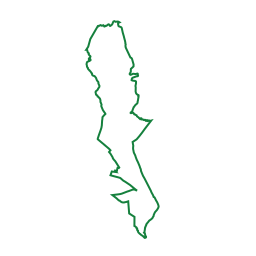 San Juan Atzompa, Puebla, Mexico, rotated 58°
{"feature_id": "50627088B45954592867163", "entity_name": "San Juan Atzompa", "entity_type": "district", "adm_level": 2, "iso_a3": "MEX", "parent_name": "Mexico", "parent_adm1": "Puebla", "projection": "natural_earth1", "projection_center": [-98.029, 18.745], "detail": "fine", "context": "isolated", "style": "outline", "palette": "green", "viewbox_px": 256, "rotation_deg": 58, "n_neighbors": 0, "source": "geoboundaries", "source_scale": "gbopen_adm2", "svg_char_len": 5705}
<svg xmlns="http://www.w3.org/2000/svg" viewBox="0 0 256 256"><g transform="rotate(58 128 128)"><path d="M230.1,172.0L230.3,171.4L230.3,170.8L230.2,170.6L229.7,170.3L229.5,170.2L229.2,170.3L228.9,170.5L228.5,170.4L228.1,170.3L227.6,170.0L226.8,169.7L226.1,169.5L225.9,169.6L225.5,169.9L225.2,169.9L225.1,169.3L224.8,169.0L224.1,168.5L223.4,167.8L222.1,166.8L221.8,166.4L221.4,166.2L221.3,165.9L220.6,165.1L220.4,164.5L219.9,163.9L219.4,163.6L219.2,162.8L218.9,162.3L218.6,161.2L217.8,159.1L217.7,157.0L217.4,155.1L217.0,154.6L216.2,152.9L215.4,152.3L214.3,150.7L213.7,149.7L213.5,149.1L212.9,147.0L212.7,146.5L211.7,144.6L210.9,143.7L210.3,143.4L208.9,143.0L207.7,142.8L206.2,142.6L204.2,142.6L201.7,142.3L200.7,142.3L200.1,142.8L198.5,142.4L194.9,142.2L193.4,141.9L185.4,141.2L179.3,140.7L176.5,140.6L173.4,140.1L171.2,139.7L170.2,139.2L169.1,138.9L168.0,138.8L166.7,138.4L162.4,137.7L159.5,137.4L157.0,136.9L155.1,136.4L152.1,136.1L151.1,135.8L150.5,135.5L149.0,135.0L147.8,134.4L146.4,133.4L146.0,133.0L142.3,131.5L142.2,126.7L141.0,122.9L139.4,118.5L137.7,114.3L134.0,104.4L133.7,105.3L133.6,106.0L133.4,106.3L133.2,106.4L132.6,106.3L132.5,106.6L132.6,107.3L132.6,107.6L132.3,108.1L132.1,108.2L131.9,108.1L131.7,107.8L131.5,107.7L131.3,108.0L131.5,108.8L131.4,109.0L130.7,108.9L130.4,108.9L130.2,109.1L130.1,109.3L129.9,109.7L129.9,110.1L129.7,110.3L129.3,110.3L129.1,110.7L128.6,110.9L128.4,111.1L128.0,111.9L127.9,112.0L127.4,111.6L127.0,111.5L126.8,111.6L126.6,111.8L126.7,112.7L126.7,113.0L126.2,113.1L126.1,112.9L125.5,113.4L124.8,113.4L122.9,114.2L121.8,114.0L121.6,114.1L120.7,114.8L120.1,114.9L119.8,115.1L119.7,115.4L118.9,115.5L118.5,115.4L118.2,115.4L117.9,115.5L117.7,115.8L117.4,116.3L117.2,117.0L117.0,117.6L116.7,117.8L116.4,117.6L116.5,117.1L116.2,116.7L116.1,115.8L115.9,115.3L115.2,114.6L113.7,112.6L113.3,112.1L113.3,111.6L112.6,110.2L112.4,109.3L112.2,108.3L112.1,107.4L111.9,106.9L111.6,106.5L110.9,106.0L109.7,104.8L107.5,102.9L107.3,102.6L107.2,102.5L106.5,102.5L106.4,102.4L106.3,102.0L106.1,101.8L105.9,101.7L105.6,101.7L105.0,102.2L104.4,102.4L104.1,102.6L103.6,102.7L102.6,102.7L101.1,102.2L97.6,99.9L96.3,99.4L95.4,98.5L94.3,97.5L92.9,96.6L92.6,96.6L91.9,97.0L90.3,98.9L89.4,99.6L88.7,99.1L88.3,98.6L88.0,98.2L87.9,97.7L87.9,97.1L88.6,93.7L88.8,93.0L89.1,92.6L89.2,92.4L89.2,92.1L88.9,91.7L88.2,91.5L87.4,91.1L87.1,91.0L86.8,91.2L86.3,92.9L85.7,93.7L84.8,94.8L84.7,95.0L84.5,96.5L84.3,97.5L84.1,97.8L83.5,98.0L83.1,98.0L82.9,97.8L82.7,97.5L82.1,96.3L81.6,95.7L79.6,94.4L79.4,94.2L78.9,91.5L78.7,90.7L77.1,89.6L71.6,88.0L70.9,88.0L70.4,88.0L69.5,88.6L58.5,87.3L58.3,87.1L57.3,86.8L56.8,86.5L56.5,86.2L56.0,85.9L55.8,85.6L54.8,85.4L54.4,85.1L53.4,84.7L52.9,84.5L52.0,84.2L50.6,83.8L49.4,83.4L49.0,83.3L48.5,83.1L47.5,82.8L44.3,81.9L40.1,80.4L39.5,80.3L39.2,80.3L38.9,80.4L36.9,81.9L36.6,82.0L36.2,81.9L35.2,81.6L34.2,81.1L33.8,80.8L33.7,80.6L33.9,79.2L33.3,79.5L32.5,80.0L32.1,80.6L31.5,81.8L31.4,82.2L31.1,82.4L30.2,82.9L30.1,83.2L30.0,84.0L31.8,86.6L31.9,87.6L32.1,88.8L31.8,89.2L30.5,89.2L30.0,89.3L29.8,89.5L29.7,89.9L29.7,90.4L29.9,91.8L29.9,92.2L29.6,92.6L29.4,92.9L29.4,93.2L29.6,93.4L29.5,94.1L29.4,94.3L28.5,94.4L27.8,94.4L27.7,94.5L27.6,95.5L27.5,95.9L27.3,96.1L27.0,96.2L26.3,96.7L26.1,96.9L26.1,97.1L26.2,98.0L25.7,99.0L25.7,99.4L25.9,99.7L25.7,99.8L32.6,112.8L38.0,118.7L39.5,121.9L39.7,121.5L39.9,121.3L40.3,121.3L40.5,121.5L41.5,121.7L42.1,121.9L42.4,122.0L42.8,122.0L43.4,121.7L43.9,121.7L44.2,121.8L44.5,122.2L44.9,122.3L45.1,122.3L46.0,122.2L47.0,121.9L47.4,121.9L47.8,122.3L48.0,122.6L48.2,123.0L48.1,123.4L48.3,124.0L48.5,124.5L48.9,124.7L49.0,124.4L49.0,124.0L49.0,123.7L49.3,123.5L50.0,123.5L50.6,123.8L50.7,124.0L50.7,124.3L50.7,125.0L50.7,125.4L50.4,126.9L50.4,127.4L50.5,127.9L51.2,128.7L52.0,129.4L53.1,129.7L53.5,129.9L54.3,130.3L54.9,130.3L55.4,130.2L55.9,130.2L56.2,130.5L57.1,130.5L57.8,130.4L58.6,130.1L59.0,130.2L59.9,129.9L61.2,129.8L61.6,129.9L62.1,129.8L62.5,129.6L62.9,129.7L63.5,130.1L64.0,130.2L64.6,130.1L65.2,129.8L66.0,129.1L66.5,128.8L67.1,128.7L68.3,128.6L68.8,128.6L69.1,128.7L69.6,128.8L70.0,128.9L71.1,129.1L72.2,129.0L73.0,128.8L74.0,129.1L74.5,129.5L77.2,129.9L78.0,130.6L78.3,131.2L78.7,132.3L79.4,133.3L79.7,134.5L79.8,135.5L79.9,136.0L80.2,136.3L80.7,136.7L81.3,136.8L82.1,137.2L82.7,137.4L83.2,137.3L84.1,136.8L85.2,137.1L85.8,136.6L86.8,136.6L87.2,136.4L87.7,136.3L88.6,136.3L89.9,136.7L91.4,137.6L92.1,137.6L92.7,137.8L93.0,137.8L94.3,138.1L94.9,138.8L95.4,139.1L99.5,139.8L102.2,139.7L103.7,139.6L104.1,139.7L104.6,141.8L105.3,143.9L106.6,144.8L108.1,146.1L111.9,148.8L113.7,150.4L115.8,152.9L118.4,156.2L120.4,158.6L121.0,159.3L121.5,159.6L135.5,155.1L137.6,154.7L138.3,156.8L139.8,156.6L140.9,156.5L144.9,156.6L145.7,156.9L147.2,156.8L149.5,156.4L157.7,156.4L157.5,156.5L156.3,158.0L157.3,159.1L158.4,160.0L157.3,161.5L157.8,161.8L157.8,162.0L158.2,161.8L158.9,161.6L156.3,164.8L158.8,167.9L161.0,165.9L164.6,162.5L166.2,161.1L166.7,160.9L170.1,159.9L172.2,158.8L177.3,156.5L179.4,155.8L183.9,154.3L184.9,153.9L185.8,153.4L185.2,154.1L184.5,154.5L183.8,155.0L183.4,155.5L182.9,156.3L182.7,156.8L181.9,160.8L181.5,162.3L180.4,168.0L179.9,169.6L179.3,171.0L176.6,176.8L181.4,175.0L184.5,174.2L185.1,173.6L186.2,173.3L187.3,172.8L188.1,172.2L188.6,171.5L189.1,170.7L189.3,170.0L189.8,168.7L190.2,167.1L190.3,166.7L201.1,172.3L206.8,169.6L214.5,174.5L215.1,174.1L215.7,173.9L216.2,173.8L216.9,173.5L217.1,173.5L217.3,173.8L217.6,173.9L218.0,173.6L218.3,173.6L218.5,173.9L219.6,174.3L219.8,174.3L220.2,173.9L220.4,173.9L220.7,174.2L221.6,174.5L222.2,174.5L222.9,174.3L224.0,174.1L224.4,173.8L225.7,173.5L227.5,172.6L227.8,172.6L229.0,172.3L229.6,172.2L230.1,172.0Z" fill="none" stroke="#15803d" stroke-width="2"/></g></svg>